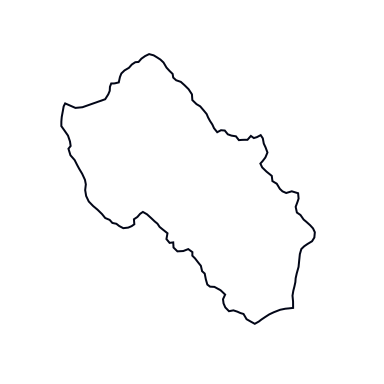 outline of Antônio Cardoso, Bahia, Brazil, rotated 343°
{"feature_id": "56859067B95961729837153", "entity_name": "Antônio Cardoso", "entity_type": "district", "adm_level": 2, "iso_a3": "BRA", "parent_name": "Brazil", "parent_adm1": "Bahia", "projection": "natural_earth1", "projection_center": [-39.143, -12.384], "detail": "fine", "context": "isolated", "style": "outline", "palette": "ink", "viewbox_px": 384, "rotation_deg": 343, "n_neighbors": 0, "source": "geoboundaries", "source_scale": "gbopen_adm2", "svg_char_len": 2275}
<svg xmlns="http://www.w3.org/2000/svg" viewBox="0 0 384 384"><g transform="rotate(343 192 192)"><path d="M293.1,224.2L287.6,220.5L281.8,220.5L278.7,217.8L276.9,214.6L275.5,208.9L272.1,205.1L273.0,199.9L269.2,194.3L266.3,189.0L265.7,184.8L268.7,183.0L272.3,180.4L275.7,176.3L275.4,170.9L274.8,166.7L275.4,161.4L274.3,157.7L270.2,158.5L266.9,158.5L264.7,155.6L260.3,158.3L255.6,156.9L252.0,156.1L250.3,151.6L246.2,149.6L243.1,147.3L241.3,142.8L237.8,141.4L233.6,142.2L231.7,137.4L231.2,133.5L230.0,129.4L229.2,125.5L228.8,121.7L227.1,117.6L224.9,112.5L222.0,109.3L219.2,104.2L220.5,98.6L218.8,92.7L216.1,87.7L213.5,83.4L209.5,80.5L207.5,77.1L208.0,73.4L206.0,69.8L204.0,65.6L202.6,59.8L200.5,56.1L197.8,52.9L195.3,50.1L191.3,47.6L186.9,48.3L182.6,49.7L178.9,52.0L175.7,51.3L171.7,52.5L168.0,54.8L163.0,56.0L159.1,58.0L156.7,61.0L154.0,65.8L149.6,65.5L146.5,64.6L144.3,67.4L142.9,71.2L140.5,74.1L136.1,77.9L112.0,78.9L105.1,77.5L96.6,70.2L94.3,72.6L92.0,77.1L89.4,82.1L87.7,86.3L86.3,90.8L87.9,95.6L89.9,101.8L90.1,108.0L89.4,112.5L86.5,114.5L86.5,121.3L89.1,127.1L90.1,132.8L90.9,136.8L92.3,142.5L93.2,149.1L92.7,153.7L90.4,158.9L89.6,164.9L90.5,170.9L93.3,176.4L96.6,181.5L99.5,186.8L101.4,191.5L105.1,194.6L106.8,198.3L110.4,200.3L112.4,203.2L115.7,206.5L120.6,207.4L124.3,207.0L127.4,206.0L128.5,201.1L132.5,199.9L136.0,197.7L139.2,196.7L142.4,200.1L145.5,205.3L147.7,209.2L149.7,212.2L150.8,215.9L153.0,219.2L156.5,224.3L153.8,229.5L155.7,234.1L159.3,234.7L158.1,239.7L160.7,244.5L166.4,245.9L171.7,245.5L174.8,249.6L173.7,253.0L175.5,256.4L177.3,261.2L178.9,265.2L178.5,270.7L180.3,273.7L179.7,279.5L179.6,285.0L181.6,287.8L185.7,289.3L190.6,294.3L193.7,299.8L190.3,303.6L189.6,307.8L190.1,312.1L192.5,316.8L197.0,317.3L200.4,319.7L202.9,321.9L205.6,323.7L207.0,329.6L210.2,333.0L213.5,336.4L218.1,335.4L221.0,334.3L225.6,332.9L230.2,331.6L235.1,330.9L241.9,330.4L247.1,330.9L250.5,331.6L254.8,332.4L256.6,326.4L257.8,320.5L260.0,316.1L262.2,312.5L264.5,308.4L265.9,304.8L268.4,300.4L272.0,294.8L274.5,288.8L277.0,282.9L279.9,278.5L283.4,276.7L287.2,275.5L292.4,274.2L295.7,271.3L297.7,266.4L297.1,262.2L295.3,258.4L292.6,253.9L290.7,251.0L289.0,245.7L286.3,242.3L286.8,236.5L290.0,232.3L292.0,229.5L293.1,224.2Z" fill="none" stroke="#020617" stroke-width="2"/></g></svg>